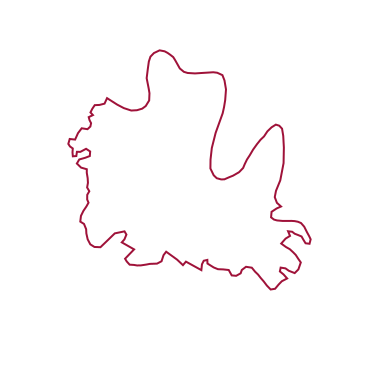 Doutor Maurício Cardoso, Rio Grande do Sul, Brazil (Natural Earth projection), rotated 44°
{"feature_id": "56859067B86093452456643", "entity_name": "Doutor Maurício Cardoso", "entity_type": "district", "adm_level": 2, "iso_a3": "BRA", "parent_name": "Brazil", "parent_adm1": "Rio Grande do Sul", "projection": "natural_earth1", "projection_center": [-54.357, -27.488], "detail": "fine", "context": "isolated", "style": "outline", "palette": "rose", "viewbox_px": 384, "rotation_deg": 44, "n_neighbors": 0, "source": "geoboundaries", "source_scale": "gbopen_adm2", "svg_char_len": 2560}
<svg xmlns="http://www.w3.org/2000/svg" viewBox="0 0 384 384"><g transform="rotate(44 192 192)"><path d="M266.1,140.6L260.6,140.8L255.1,138.2L251.6,132.8L247.4,122.3L237.8,107.6L227.2,96.2L218.7,88.3L212.8,83.9L208.7,83.7L205.5,85.3L204.3,90.2L204.1,96.0L205.2,102.0L205.0,106.8L205.5,112.3L206.5,119.1L208.0,125.3L209.0,130.5L210.6,135.4L212.1,139.2L212.1,145.0L210.2,151.7L208.5,155.5L206.5,160.4L204.2,162.7L200.2,164.9L196.0,164.9L188.9,162.3L182.8,155.8L175.7,146.6L167.9,133.0L159.4,114.1L156.1,108.7L152.0,102.8L145.2,94.6L137.9,89.2L132.7,86.8L127.3,88.7L124.1,91.1L121.2,94.3L115.8,100.2L111.8,104.6L106.2,109.4L102.7,111.2L97.4,111.6L88.4,108.9L84.8,108.0L81.0,108.4L77.8,108.9L74.6,109.8L70.3,112.6L68.1,118.5L68.1,123.5L70.3,128.1L74.9,134.4L80.3,141.6L88.9,147.6L92.8,150.5L97.6,155.9L99.0,162.3L98.3,166.6L95.6,171.4L91.7,175.6L84.7,179.0L77.5,181.1L65.7,183.5L67.7,189.2L65.0,193.6L61.7,197.1L62.5,201.5L63.7,205.3L67.3,205.5L65.7,209.9L68.4,211.5L71.6,212.6L73.4,215.5L73.2,219.4L68.4,222.8L69.1,228.8L71.5,235.5L67.2,238.8L69.6,243.3L72.6,244.0L76.0,243.5L78.5,246.5L81.5,249.1L83.8,246.5L81.3,243.0L83.8,240.7L85.8,234.5L90.6,233.6L93.5,237.1L91.4,241.6L88.3,246.9L89.4,251.5L95.3,251.5L100.5,248.7L103.0,251.3L107.3,254.5L110.8,257.7L113.4,261.6L117.6,262.8L118.6,266.8L121.8,270.2L125.0,271.6L126.1,275.8L127.0,281.0L128.7,286.3L132.2,290.9L136.5,290.0L141.7,292.3L144.8,295.2L149.8,298.5L155.2,300.3L160.0,299.3L164.5,295.3L164.8,287.5L165.2,275.4L170.8,267.2L174.4,268.2L176.3,273.0L176.5,277.0L190.2,273.5L190.2,286.5L193.3,287.3L197.6,287.6L200.9,284.8L203.5,283.0L206.2,280.3L209.5,276.0L211.6,273.0L216.6,267.8L218.2,263.0L215.4,257.2L214.9,252.9L228.3,251.0L236.3,250.9L236.0,246.3L253.0,241.7L249.4,237.1L248.2,233.3L250.2,230.2L252.8,232.7L256.2,232.0L260.0,231.2L264.3,229.5L268.1,226.1L272.6,222.6L278.5,224.4L282.0,221.6L283.5,216.7L282.0,213.5L282.8,208.3L287.6,204.9L292.7,205.5L296.8,205.5L301.1,206.1L305.7,206.5L310.8,207.3L316.3,207.5L319.0,203.9L318.6,198.4L318.6,193.8L320.5,188.1L315.1,187.7L310.4,188.1L308.3,184.8L312.3,182.0L316.4,181.4L322.2,179.0L322.3,173.8L319.2,167.1L314.7,166.2L310.3,165.2L306.7,165.1L302.1,165.2L297.8,166.3L292.0,167.1L291.7,160.5L293.0,155.5L288.4,153.5L291.7,151.0L294.8,150.7L298.1,149.3L301.7,147.9L305.1,148.9L309.3,150.0L312.5,147.6L310.2,143.6L307.0,142.4L302.5,141.0L296.8,139.0L292.0,138.6L288.9,139.8L286.1,141.6L283.5,143.8L280.5,146.8L277.0,150.1L272.9,153.4L270.1,154.9L266.5,155.3L263.0,151.0L264.3,145.1L266.1,140.6Z" fill="none" stroke="#9f1239" stroke-width="2"/></g></svg>